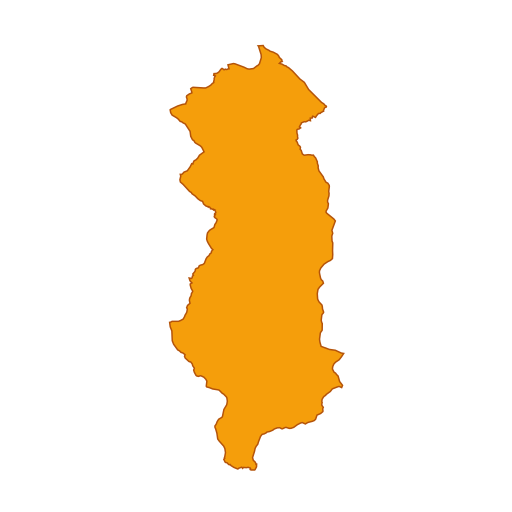 Valea Viilor, Sibiu, Romania, rotated 55°
{"feature_id": "2599482B28979947383281", "entity_name": "Valea Viilor", "entity_type": "district", "adm_level": 2, "iso_a3": "ROU", "parent_name": "Romania", "parent_adm1": "Sibiu", "projection": "orthographic", "projection_center": [24.308, 46.067], "detail": "fine", "context": "isolated", "style": "filled", "palette": "amber", "viewbox_px": 512, "rotation_deg": 55, "n_neighbors": 0, "source": "geoboundaries", "source_scale": "gbopen_adm2", "svg_char_len": 6095}
<svg xmlns="http://www.w3.org/2000/svg" viewBox="0 0 512 512"><g transform="rotate(55 256 256)"><path d="M429.0,376.5L426.9,374.9L426.6,375.5L425.9,375.1L424.0,374.9L421.9,375.4L419.2,374.5L415.1,369.2L413.1,367.1L412.0,365.1L411.2,362.5L409.8,360.8L406.4,355.8L405.6,353.3L406.4,351.3L406.7,349.1L406.5,348.0L407.6,345.5L408.3,342.1L408.2,340.2L409.0,337.1L410.3,335.0L412.3,334.0L412.7,333.5L413.2,330.6L413.6,329.7L416.3,327.6L417.2,326.2L418.0,323.4L417.9,318.8L418.4,315.2L419.0,313.6L421.9,311.9L422.0,310.1L422.2,308.7L423.7,304.8L424.2,302.6L423.9,300.8L421.3,297.3L422.1,293.4L421.8,290.5L421.3,290.0L419.4,289.0L418.6,287.7L416.0,287.7L414.9,286.9L413.9,285.8L413.2,285.7L411.4,284.2L410.4,282.1L410.0,280.7L410.1,278.8L409.7,278.2L409.6,272.8L408.7,270.0L408.8,268.9L410.2,263.4L410.8,262.5L412.9,261.3L411.6,259.3L406.8,259.5L401.4,257.6L399.2,258.0L397.6,258.0L395.9,258.7L392.4,258.2L390.6,256.6L389.1,254.1L388.6,251.7L388.7,247.4L387.6,243.8L386.1,240.1L384.4,241.8L378.7,245.1L374.6,249.5L367.4,254.5L363.1,253.0L360.6,251.7L356.1,247.6L355.6,246.8L354.8,244.5L354.5,244.2L349.4,240.5L347.9,240.2L346.0,239.4L342.4,236.2L341.8,235.5L341.3,233.6L340.8,232.8L337.6,231.9L335.3,230.6L333.9,230.1L329.7,230.7L326.9,230.3L326.1,229.9L322.0,227.4L318.9,224.4L317.9,221.6L317.0,216.4L314.8,215.7L313.0,216.1L311.4,215.9L307.3,214.2L305.7,213.4L304.5,212.4L303.0,209.8L301.7,204.9L301.8,200.4L302.3,197.6L302.0,194.9L298.8,192.3L295.5,190.2L289.3,185.6L287.3,185.1L283.5,182.7L282.9,182.2L281.4,180.1L278.5,179.1L272.8,170.9L270.3,171.0L261.6,173.5L260.2,173.5L259.3,172.6L257.9,169.6L255.4,167.3L254.5,166.6L253.0,166.5L251.3,165.3L248.6,161.8L246.6,160.2L244.8,159.4L241.2,156.1L240.1,155.5L237.5,155.4L235.9,156.3L235.2,156.3L231.8,156.1L229.8,155.5L222.3,155.6L219.4,154.5L217.8,153.3L215.1,152.5L214.0,151.7L209.8,150.9L208.0,151.2L206.3,151.1L205.4,152.5L204.5,153.2L202.9,155.2L201.1,158.7L199.0,159.5L195.4,158.4L193.9,158.6L192.4,157.2L191.3,157.1L189.0,157.7L186.3,156.9L185.2,157.1L184.0,156.7L184.1,155.4L183.5,154.1L182.3,153.7L180.8,152.6L178.9,152.0L176.2,150.3L176.0,149.4L176.7,147.6L176.5,146.5L176.7,146.0L176.4,145.8L175.5,146.5L175.1,146.4L174.1,144.5L173.7,143.2L173.0,142.5L173.6,139.5L174.4,138.7L174.8,137.6L175.1,134.9L176.4,133.8L174.2,132.5L175.2,130.8L174.0,129.6L174.0,129.3L176.6,127.8L175.8,125.9L175.1,123.1L176.0,121.6L175.7,120.6L176.0,119.6L175.8,118.8L176.2,117.6L175.4,117.1L174.1,115.1L173.9,114.3L174.3,113.1L174.0,112.6L173.2,112.5L172.1,113.1L170.2,113.2L167.9,114.2L149.8,117.4L141.5,116.8L136.3,118.5L125.4,120.0L120.3,121.3L119.0,122.1L117.6,122.3L116.1,123.6L113.8,124.6L111.6,126.4L111.2,124.3L111.7,123.4L111.6,122.8L111.1,122.9L110.0,122.3L106.8,123.0L105.3,122.7L103.2,122.8L99.0,124.9L96.3,127.0L95.0,127.4L92.1,129.0L89.7,129.6L87.7,129.4L85.1,133.7L85.8,133.7L94.0,136.3L96.6,137.9L100.5,142.9L101.0,145.2L100.8,146.0L101.0,150.5L99.0,154.4L97.6,155.8L94.5,157.5L86.5,163.0L85.4,164.1L83.3,169.3L87.1,170.7L86.7,171.2L86.7,172.3L86.1,173.5L85.3,174.0L85.2,175.2L84.9,175.5L83.3,175.9L82.8,176.3L82.9,177.7L83.9,180.5L84.0,182.4L83.8,183.6L82.5,185.8L83.7,187.0L84.2,186.2L85.2,186.0L85.4,186.9L86.7,188.6L87.6,189.1L88.9,190.7L89.7,191.1L89.6,192.7L90.1,195.2L90.0,197.6L89.5,200.8L88.4,202.4L81.7,210.8L81.5,211.5L81.5,213.5L85.0,214.6L85.6,215.0L85.0,217.8L85.0,220.8L85.8,221.8L87.9,222.4L89.0,223.2L90.5,225.7L91.1,226.3L89.6,229.4L88.2,234.1L86.9,242.0L87.0,242.5L89.7,243.7L92.5,243.9L97.1,241.8L99.1,241.2L102.3,240.9L103.4,239.9L104.8,239.5L107.3,238.2L116.1,238.5L120.5,240.8L123.9,241.3L124.6,241.3L125.8,240.7L127.8,240.9L128.8,240.7L133.9,238.4L135.0,238.2L136.1,238.1L140.9,238.8L141.0,244.5L142.4,247.6L142.8,250.3L142.5,252.0L143.5,253.9L144.4,254.9L143.5,255.7L145.2,258.8L146.8,263.4L146.0,266.9L146.6,269.3L146.4,270.2L145.7,271.2L147.4,271.8L149.9,274.6L152.0,275.5L155.6,274.6L165.0,273.4L166.8,272.6L168.3,272.7L171.9,271.4L175.8,270.8L178.7,269.8L180.6,268.4L183.3,269.1L186.4,268.3L187.9,267.1L188.6,267.1L188.5,266.4L189.4,266.0L190.0,265.8L191.2,266.2L191.3,265.6L192.5,265.1L193.1,264.1L193.7,263.8L193.3,264.5L194.2,264.3L194.5,263.4L196.0,263.5L197.5,264.1L197.6,265.6L197.8,265.7L198.6,265.5L198.6,266.5L199.5,266.6L199.6,267.4L199.9,267.7L200.9,267.7L202.8,267.0L204.1,267.0L205.9,269.7L206.5,271.5L208.6,274.1L208.3,278.8L208.5,280.1L209.3,282.5L210.8,284.1L213.8,286.7L215.9,287.4L218.6,287.8L224.2,288.1L226.1,287.7L226.6,289.8L227.7,290.7L227.9,292.9L228.4,293.5L228.8,294.7L228.8,296.3L229.6,298.4L232.4,302.6L232.5,304.4L231.6,306.9L231.5,308.3L232.2,309.2L232.6,310.5L232.0,311.9L232.0,312.9L232.3,313.5L233.2,314.2L233.7,315.1L234.5,318.1L236.0,318.4L236.0,319.6L237.2,320.8L237.3,321.8L235.7,323.4L238.5,324.3L241.3,323.9L241.2,325.9L242.0,326.5L245.3,327.7L248.5,328.0L249.2,329.0L249.6,330.3L251.3,331.9L252.3,334.1L253.2,335.2L254.3,336.1L256.9,337.2L257.2,340.4L258.6,342.5L260.0,342.6L262.2,344.8L262.9,346.0L263.8,348.1L264.6,349.1L265.7,351.4L265.9,351.8L265.6,354.6L265.1,356.9L261.4,362.2L261.2,364.0L260.8,364.8L264.9,366.9L269.1,367.9L277.4,373.2L281.1,374.1L288.0,374.0L289.8,373.1L292.0,372.7L293.3,371.6L296.1,370.7L297.2,372.1L299.0,372.5L303.7,371.5L304.4,371.2L305.2,370.3L307.7,370.1L309.7,370.8L312.3,370.8L312.7,371.0L313.7,372.5L315.9,373.2L319.3,373.6L320.2,373.4L321.6,372.2L322.2,370.2L322.9,369.6L325.4,368.2L328.1,367.8L330.3,368.0L334.1,371.4L334.9,371.5L337.2,369.6L340.0,367.8L344.3,363.4L345.0,363.1L349.1,362.4L350.6,361.7L354.4,361.1L355.4,361.2L358.4,362.7L360.1,364.3L361.1,365.4L363.3,370.3L368.2,375.5L368.6,376.5L368.3,380.2L369.4,382.8L370.9,385.0L371.7,387.2L373.1,388.0L374.2,388.1L378.8,389.7L383.9,392.3L386.5,392.3L393.2,391.5L396.0,392.0L399.6,393.8L402.5,396.7L403.2,397.7L403.7,397.6L404.1,399.0L407.0,399.5L407.6,399.4L408.8,398.3L411.0,398.0L411.7,397.6L411.9,396.8L413.3,396.7L416.4,395.4L419.9,393.2L420.1,392.9L420.0,391.6L420.8,388.9L422.3,388.7L421.9,387.7L423.9,385.2L424.6,383.6L426.5,382.3L427.0,382.4L427.4,383.2L427.8,383.2L428.5,382.7L430.5,379.8L430.5,379.4L429.0,376.5Z" fill="#f59e0b" stroke="#b45309" stroke-width="1.5"/></g></svg>